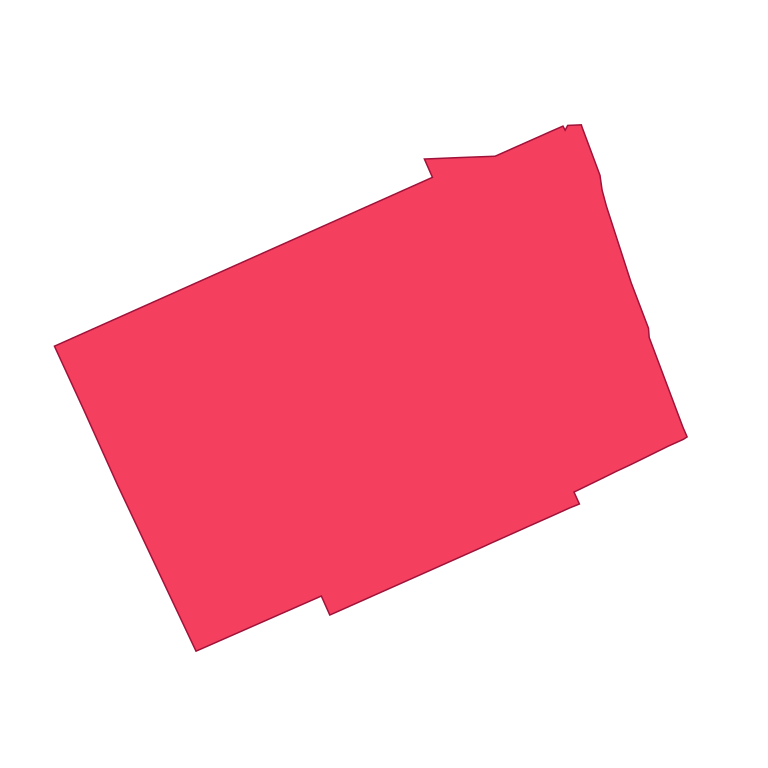 Broward, Florida, United States of America (Equal Earth projection), rotated 336°
{"feature_id": "52423323B57626365826979", "entity_name": "Broward", "entity_type": "district", "adm_level": 2, "iso_a3": "USA", "parent_name": "United States of America", "parent_adm1": "Florida", "projection": "equal_earth", "projection_center": [-80.306, 26.156], "detail": "fine", "context": "isolated", "style": "filled", "palette": "rose", "viewbox_px": 768, "rotation_deg": 336, "n_neighbors": 0, "source": "geoboundaries", "source_scale": "gbopen_adm2", "svg_char_len": 682}
<svg xmlns="http://www.w3.org/2000/svg" viewBox="0 0 768 768"><g transform="rotate(336 384 384)"><path d="M99.2,285.9L99.5,368.0L99.5,368.3L103.6,551.6L240.5,552.2L240.5,573.0L411.2,573.0L416.9,572.9L456.9,572.8L491.2,572.8L502.6,572.7L513.7,573.1L513.6,560.0L548.0,558.8L560.1,558.3L576.7,558.0L605.4,556.9L618.0,556.4L635.1,556.3L639.4,555.6L639.5,545.0L645.2,449.3L647.3,443.5L648.3,440.7L651.0,391.8L659.5,312.1L662.1,295.6L666.2,281.2L669.4,229.8L669.7,227.5L657.0,222.5L652.7,225.8L652.4,221.2L637.6,221.1L602.4,221.1L602.2,221.1L578.1,221.1L545.7,208.1L512.4,194.9L512.3,214.9L511.9,214.9L98.3,215.4L99.2,285.9Z" fill="#f43f5e" stroke="#9f1239" stroke-width="1.5"/></g></svg>